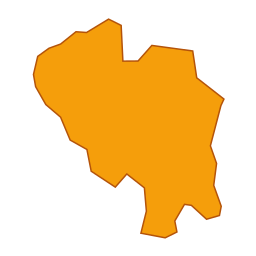 map outline of Birmingham (Equal Earth projection), rotated 273°
{"feature_id": "GBR-5690", "entity_name": "Birmingham", "entity_type": "Metropolitan Borough", "adm_level": 1, "iso_a3": "GBR", "parent_name": "United Kingdom", "parent_adm1": "", "projection": "equal_earth", "projection_center": [-1.881, 52.484], "detail": "fine", "context": "isolated", "style": "filled", "palette": "amber", "viewbox_px": 256, "rotation_deg": 273, "n_neighbors": 0, "source": "natural_earth", "source_scale": "10m", "svg_char_len": 599}
<svg xmlns="http://www.w3.org/2000/svg" viewBox="0 0 256 256"><g transform="rotate(273 128 128)"><path d="M230.1,115.8L194.5,119.4L195.4,134.5L211.7,147.5L208.3,188.6L181.7,194.0L161.9,222.3L155.2,219.6L114.5,211.2L97.2,218.3L75.2,216.6L54.7,225.2L45.4,223.9L41.0,211.2L54.1,195.3L54.7,188.4L37.6,179.6L26.7,182.3L20.3,170.9L23.6,146.4L45.9,150.7L69.1,147.5L82.0,129.2L68.3,118.4L82.9,93.5L104.4,88.1L112.9,70.9L135.3,60.1L147.1,44.7L164.4,33.6L176.5,30.8L194.8,34.1L203.5,44.9L208.3,56.3L221.4,71.0L221.2,81.6L235.7,102.9L230.1,115.8Z" fill="#f59e0b" stroke="#b45309" stroke-width="1.5"/></g></svg>